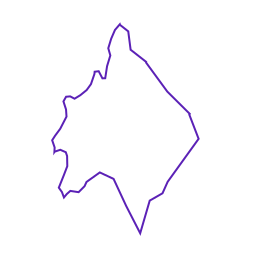 outline of Lidköping, Västra Götaland, Sweden, rotated 111°
{"feature_id": "70781695B58829616428329", "entity_name": "Lidköping", "entity_type": "district", "adm_level": 2, "iso_a3": "SWE", "parent_name": "Sweden", "parent_adm1": "Västra Götaland", "projection": "equal_earth", "projection_center": [13.062, 58.573], "detail": "fine", "context": "isolated", "style": "outline", "palette": "violet", "viewbox_px": 256, "rotation_deg": 111, "n_neighbors": 0, "source": "geoboundaries", "source_scale": "gbopen_adm2", "svg_char_len": 811}
<svg xmlns="http://www.w3.org/2000/svg" viewBox="0 0 256 256"><g transform="rotate(111 128 128)"><path d="M112.8,58.2L93.5,75.6L92.7,75.4L79.9,104.4L60.5,134.5L59.8,134.7L54.0,153.6L37.7,162.4L34.6,172.4L34.1,172.8L41.1,175.3L50.6,175.7L60.6,175.0L66.6,170.5L77.8,169.7L89.7,167.1L90.8,169.7L85.5,175.7L87.4,179.3L89.6,178.7L100.3,178.3L107.4,180.2L114.5,184.3L119.8,188.4L119.2,193.3L121.0,197.0L126.3,197.8L132.9,192.5L139.4,189.5L153.0,191.0L161.3,193.3L166.6,194.4L172.5,189.5L176.8,188.1L176.4,188.0L172.6,183.4L172.9,177.4L176.0,174.8L185.4,171.0L195.3,171.0L208.5,171.2L211.5,166.7L215.8,162.9L211.6,161.5L207.4,159.3L205.6,151.1L197.9,147.7L193.2,147.4L179.6,138.4L180.7,123.2L201.4,101.8L221.9,78.9L188.0,81.7L176.6,72.4L164.0,71.7L112.8,58.2Z" fill="none" stroke="#5b21b6" stroke-width="2"/></g></svg>